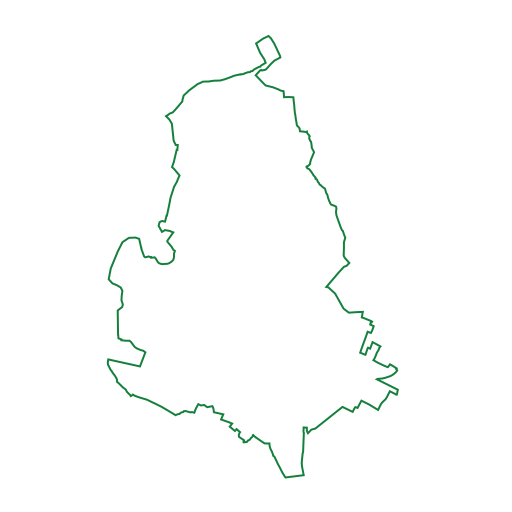 Teius, Alba, Romania, rotated 272°
{"feature_id": "2599482B68392846868701", "entity_name": "Teius", "entity_type": "district", "adm_level": 2, "iso_a3": "ROU", "parent_name": "Romania", "parent_adm1": "Alba", "projection": "mercator", "projection_center": [23.717, 46.211], "detail": "fine", "context": "isolated", "style": "outline", "palette": "green", "viewbox_px": 512, "rotation_deg": 272, "n_neighbors": 0, "source": "geoboundaries", "source_scale": "gbopen_adm2", "svg_char_len": 6056}
<svg xmlns="http://www.w3.org/2000/svg" viewBox="0 0 512 512"><g transform="rotate(272 256 256)"><path d="M127.3,402.4L132.6,390.8L135.2,385.0L137.0,381.1L137.4,381.8L138.0,386.6L139.0,390.1L140.2,393.2L140.6,394.4L141.8,396.4L143.6,398.7L144.9,400.0L146.6,401.1L147.9,400.0L148.6,400.5L151.6,395.3L152.4,393.7L150.7,392.6L149.5,391.6L149.7,390.9L151.4,386.5L152.9,383.1L154.3,380.1L156.0,377.0L156.3,377.2L157.4,377.9L159.2,378.6L160.9,379.3L162.0,379.7L162.8,379.8L164.1,380.5L166.0,381.6L167.2,382.1L168.4,382.4L168.8,382.6L169.3,383.0L170.0,383.5L174.0,375.5L167.4,373.3L168.3,371.2L168.1,371.0L167.1,370.6L161.1,368.8L161.2,368.4L163.0,363.5L167.3,364.8L178.7,368.5L184.2,370.2L183.1,373.5L184.1,374.0L185.3,374.6L189.9,376.1L190.0,376.1L191.5,372.5L193.4,373.0L193.4,373.5L193.7,373.9L194.4,374.3L195.1,373.1L197.4,366.8L198.3,363.9L203.9,364.7L203.3,357.4L202.6,350.8L206.4,345.4L221.2,336.4L227.1,329.5L227.5,327.4L242.5,339.3L248.3,344.3L249.3,346.9L252.3,349.5L256.8,345.2L258.3,344.1L259.7,343.6L267.3,343.6L272.8,343.4L277.5,344.6L279.3,343.7L284.1,341.9L284.7,341.1L287.5,339.7L295.8,336.4L299.4,335.0L302.6,334.4L306.2,334.7L308.1,334.3L308.7,333.1L309.4,331.2L309.8,329.9L310.0,329.3L310.8,328.6L314.5,326.8L317.3,325.8L319.6,325.2L321.6,323.9L323.5,323.3L325.4,322.7L325.8,322.5L326.4,321.4L327.5,319.9L328.4,318.9L329.0,318.3L329.1,317.9L329.6,317.3L330.2,316.7L331.2,316.3L332.0,315.4L332.4,315.1L333.1,314.9L333.7,314.7L334.7,314.0L335.0,313.1L335.2,312.8L335.5,312.7L336.0,312.8L336.5,312.8L336.7,312.5L337.7,311.6L338.6,310.7L339.9,309.9L341.8,308.5L342.5,308.0L343.3,307.2L343.9,306.9L344.7,306.0L345.3,304.5L346.3,303.5L346.8,303.3L347.2,303.4L347.5,304.0L347.7,304.7L348.3,305.4L348.8,305.9L349.2,306.4L350.0,306.9L350.7,306.8L352.8,307.2L354.4,307.6L357.4,308.8L358.3,309.1L360.1,309.8L361.7,310.4L363.3,309.6L364.5,308.8L366.0,308.1L366.9,307.8L367.6,307.9L368.7,307.7L369.1,307.6L371.8,307.1L372.1,307.0L372.8,306.3L373.2,306.1L374.1,305.7L374.8,305.3L375.5,305.1L376.6,305.0L377.1,305.3L377.5,305.5L378.0,305.2L378.5,304.8L379.5,303.8L381.0,302.7L382.1,302.5L381.6,301.7L381.8,300.6L382.2,295.6L384.9,295.1L385.6,294.6L386.6,293.8L387.5,292.7L388.4,292.2L391.4,291.7L393.4,291.2L398.6,290.3L400.1,289.9L404.5,289.3L408.3,288.9L412.0,288.3L415.9,287.8L416.0,284.7L416.0,282.9L415.7,278.5L421.7,277.8L421.8,277.6L421.7,277.2L421.9,276.3L422.3,274.5L423.2,272.8L425.2,267.1L426.7,259.9L427.4,258.9L436.6,249.4L441.6,253.6L442.1,254.9L441.6,255.5L442.5,259.0L443.5,260.1L448.6,264.3L451.9,267.6L455.3,273.4L456.9,273.0L464.7,269.0L469.1,266.7L474.1,263.3L476.3,260.8L473.5,255.5L468.4,248.7L459.1,253.1L452.6,257.6L449.4,258.9L446.4,254.3L445.3,253.6L445.1,252.4L442.5,247.8L440.7,245.9L440.4,244.3L439.6,243.6L439.3,241.3L438.6,239.6L438.4,238.8L437.6,237.5L437.1,235.6L437.1,234.2L436.8,234.2L436.6,232.3L435.3,227.5L434.3,225.5L432.7,221.5L431.7,219.2L430.1,214.0L429.7,207.7L428.7,202.3L428.6,199.4L428.3,196.5L427.5,195.3L425.9,191.9L425.1,190.7L424.3,189.9L423.0,188.2L421.6,186.4L418.9,183.1L417.6,181.9L414.5,178.7L413.8,178.1L411.6,177.6L409.4,177.0L408.3,177.1L407.6,176.7L402.8,173.0L399.0,169.9L396.5,167.7L395.3,164.7L394.0,163.3L392.6,161.2L389.3,164.7L385.3,167.3L368.3,169.7L364.2,171.9L364.2,173.9L359.3,173.7L359.3,173.0L347.2,170.6L341.9,169.0L340.2,171.0L333.8,176.8L329.7,175.1L327.7,174.5L322.3,171.7L311.4,168.6L303.6,167.4L293.3,165.6L293.3,165.2L287.2,163.9L287.7,160.8L286.5,158.5L282.8,157.6L276.8,161.2L278.7,164.1L278.0,169.0L277.6,169.9L276.7,172.5L268.2,166.9L267.2,166.9L262.3,171.3L259.3,173.2L258.2,174.8L255.7,174.0L252.2,174.1L249.3,173.5L247.4,171.8L246.0,169.8L245.2,168.1L244.6,162.6L244.9,160.9L245.5,159.2L246.4,158.2L247.1,157.7L250.1,155.8L251.1,154.8L250.6,151.3L251.3,151.2L251.4,149.6L251.8,148.9L250.9,145.7L250.9,145.1L251.7,144.2L258.8,141.3L259.4,141.3L259.4,141.2L269.1,138.6L270.2,134.8L269.7,128.4L265.2,122.1L256.2,117.9L238.5,111.3L227.6,109.6L223.6,113.5L222.0,117.9L219.8,121.9L216.5,123.7L211.8,123.2L207.0,123.1L203.0,124.6L200.4,124.1L196.7,119.7L176.1,120.7L172.5,120.9L172.5,121.0L168.9,121.4L167.9,124.5L167.1,124.4L166.8,128.8L166.9,132.5L165.7,134.1L160.9,137.9L159.4,140.3L157.9,144.3L157.4,146.6L155.9,148.8L141.6,143.9L145.6,122.1L147.5,112.0L144.8,111.6L142.3,111.8L140.5,112.9L138.7,113.8L136.6,115.1L136.1,115.7L134.9,116.4L132.8,118.0L132.2,118.6L130.5,119.8L128.8,120.8L127.9,121.3L126.8,121.4L125.9,121.4L125.0,121.8L124.7,122.5L124.2,123.1L123.1,124.3L122.2,125.3L120.6,126.9L120.0,127.6L118.1,130.4L116.9,131.1L115.9,131.6L113.8,133.8L113.2,134.6L111.6,135.8L112.3,136.8L113.2,137.8L112.2,139.5L111.4,141.8L110.4,145.1L109.9,147.0L109.3,149.3L108.8,151.2L108.5,152.3L106.0,157.8L105.1,160.0L103.6,163.3L102.1,166.7L101.1,168.5L99.7,171.1L98.9,172.6L94.1,181.2L94.6,182.1L95.2,183.5L95.5,185.0L96.9,186.6L97.3,187.7L97.5,188.6L98.4,189.3L98.5,190.0L98.6,190.8L98.1,193.1L97.8,194.3L97.4,196.3L97.7,196.8L97.8,197.4L97.5,198.8L97.2,199.8L99.9,200.7L101.5,201.3L103.6,202.3L105.9,203.5L104.7,206.3L105.3,209.4L103.2,212.5L104.4,217.6L103.0,218.4L101.4,218.9L98.4,219.4L96.6,228.8L91.4,226.8L89.0,234.5L87.7,238.0L84.5,235.7L80.4,241.1L82.3,242.6L79.4,246.2L78.7,245.7L77.4,245.3L76.4,245.1L75.6,245.1L74.6,245.4L74.4,245.7L71.4,250.5L70.3,250.0L69.4,250.1L69.3,250.6L69.7,251.3L69.6,252.2L69.7,253.1L70.5,253.9L71.3,254.3L71.6,255.2L72.4,256.3L73.8,257.2L75.0,258.5L76.0,259.1L76.8,259.1L77.0,259.4L75.8,260.7L74.8,262.0L71.7,266.8L69.0,271.0L69.1,276.0L67.8,276.1L66.2,276.3L64.0,277.1L62.6,277.8L61.3,278.6L58.4,279.8L56.9,280.2L56.5,280.9L56.1,281.4L51.8,283.7L48.9,285.1L44.7,287.6L42.3,288.9L40.3,290.0L38.4,291.3L35.7,293.2L38.6,311.3L47.4,309.3L50.9,308.9L60.5,309.5L61.3,309.9L80.9,310.0L81.8,309.6L86.3,309.6L86.2,312.8L83.3,312.9L82.1,313.3L80.7,314.1L84.4,317.4L85.6,321.3L108.2,347.7L103.6,358.0L108.1,360.2L108.4,360.6L108.4,361.0L107.7,362.8L115.1,366.4L111.6,374.1L106.4,383.4L112.3,386.0L113.9,387.1L117.3,390.4L119.4,391.7L125.5,394.5L122.9,400.1L122.3,400.9L122.4,401.6L127.3,402.4Z" fill="none" stroke="#15803d" stroke-width="2"/></g></svg>